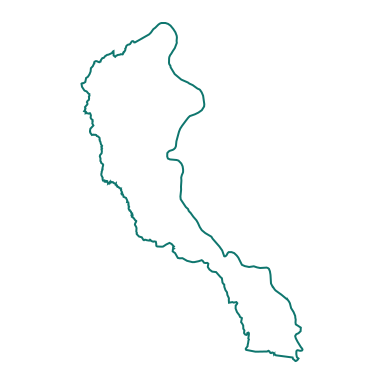 the district of Magangué, Bolívar, Colombia
{"feature_id": "7082276B80599061362425", "entity_name": "Magangué", "entity_type": "district", "adm_level": 2, "iso_a3": "COL", "parent_name": "Colombia", "parent_adm1": "Bolívar", "projection": "natural_earth1", "projection_center": [-74.76, 9.142], "detail": "fine", "context": "isolated", "style": "outline", "palette": "teal", "viewbox_px": 384, "rotation_deg": 0, "n_neighbors": 0, "source": "geoboundaries", "source_scale": "gbopen_adm2", "svg_char_len": 5937}
<svg xmlns="http://www.w3.org/2000/svg" viewBox="0 0 384 384"><path d="M298.5,358.5L297.1,357.5L296.7,356.3L296.3,354.0L296.4,351.2L296.9,350.5L297.7,350.2L300.1,350.8L301.7,350.6L302.1,350.4L302.5,349.7L302.2,348.7L300.8,347.0L297.5,341.6L295.8,338.3L295.2,336.2L295.3,335.7L296.3,334.2L298.5,333.2L300.6,331.2L300.8,327.6L295.8,324.4L295.5,322.6L295.7,319.7L295.3,317.6L295.2,316.0L293.6,312.1L291.1,308.1L289.9,303.3L289.0,301.6L287.0,298.8L286.7,299.1L281.8,295.0L275.6,290.5L274.6,289.4L272.9,286.8L272.7,286.9L271.0,283.5L270.5,274.9L269.9,271.3L268.9,268.8L267.8,268.0L266.6,267.6L260.1,268.0L257.1,267.4L253.8,266.3L249.1,267.0L244.8,266.1L241.9,264.8L238.3,257.6L236.7,255.5L234.2,253.1L231.5,252.1L228.7,252.1L227.7,253.1L226.5,255.3L225.6,256.1L224.9,256.4L224.2,256.2L222.2,250.5L219.4,246.5L212.6,238.7L211.4,236.7L205.3,233.1L201.8,230.2L199.8,227.1L197.9,222.9L196.4,220.3L193.3,216.7L190.3,212.5L189.9,212.3L188.6,210.7L188.1,209.1L185.8,207.0L180.7,199.3L180.4,196.5L181.1,189.9L181.0,186.6L181.4,180.6L181.2,177.6L181.8,175.2L183.0,172.4L183.1,171.5L183.1,169.5L182.6,166.3L181.3,163.5L178.5,160.6L176.6,160.0L169.9,159.4L167.9,158.5L167.2,156.5L167.3,153.1L168.5,151.7L169.5,150.9L172.7,149.9L173.9,149.2L175.2,147.9L175.9,146.2L176.4,141.3L179.0,131.7L180.2,128.7L182.0,125.9L186.1,120.4L188.2,117.7L189.8,116.1L194.9,114.3L198.4,112.6L201.8,110.2L204.1,106.5L204.3,104.2L203.1,95.7L201.7,92.4L200.1,90.0L199.4,89.4L197.5,88.6L192.7,85.1L189.4,83.6L187.9,82.5L181.3,79.6L174.7,74.1L170.6,67.3L170.4,65.8L169.3,64.2L169.0,62.9L169.1,58.5L169.3,57.1L170.2,55.1L171.2,53.8L172.8,51.1L174.8,48.1L176.8,42.9L176.6,40.9L176.9,37.6L176.7,35.8L175.4,32.3L173.2,28.9L170.5,25.6L168.1,23.9L165.4,23.0L161.5,23.0L160.2,23.4L158.5,24.5L155.3,27.7L153.3,29.2L150.9,32.6L149.1,34.4L135.0,42.4L134.2,42.4L133.8,41.7L133.1,41.2L132.2,41.2L131.4,42.0L130.1,44.0L129.2,44.5L128.2,44.6L126.8,45.5L126.3,46.1L125.8,47.9L125.2,48.8L125.4,49.2L125.3,50.0L124.5,51.5L123.8,51.8L123.8,52.5L123.2,52.8L123.0,53.9L122.6,54.4L120.7,54.2L120.1,54.6L117.7,55.0L116.9,55.5L116.3,55.6L115.2,56.8L113.6,55.5L113.5,51.2L112.8,51.6L112.0,53.0L108.6,54.6L107.0,54.9L106.0,55.7L105.5,55.8L103.7,57.9L102.4,58.1L101.1,59.8L100.5,61.6L99.9,61.6L99.5,62.2L98.7,62.1L96.8,61.2L95.9,61.1L94.6,61.7L94.2,62.3L94.3,63.5L93.9,63.8L92.8,66.2L90.9,68.2L90.6,71.5L89.5,74.3L87.9,76.8L86.1,78.0L85.3,82.0L83.4,83.2L82.2,83.2L81.5,83.7L82.0,86.8L84.2,90.2L84.7,90.7L86.6,91.4L88.4,93.5L89.4,94.1L89.3,94.6L89.5,95.7L88.9,96.5L89.1,98.4L88.9,99.8L87.5,101.0L86.9,102.1L87.4,103.2L87.4,104.3L85.0,107.1L85.5,108.4L85.0,109.1L85.2,109.7L84.2,111.2L85.7,111.7L85.6,112.1L86.0,112.3L85.7,113.3L86.8,113.1L88.7,113.6L89.7,113.2L90.1,113.3L90.9,115.3L90.6,117.7L91.5,119.2L92.6,120.0L92.4,121.1L92.7,121.3L92.3,123.4L93.4,125.5L90.4,128.7L90.0,130.9L90.0,131.6L90.3,132.0L90.2,132.6L91.9,135.0L93.3,134.6L93.9,134.9L95.0,134.7L96.3,135.1L96.8,136.0L98.0,136.4L99.5,137.8L99.7,139.1L99.5,139.7L99.8,140.1L99.8,140.9L100.3,141.5L101.0,144.4L102.1,145.9L101.8,146.5L101.4,146.7L101.5,147.5L101.6,147.4L102.0,148.2L101.6,148.5L101.8,149.4L101.5,149.6L101.9,151.0L101.6,153.3L100.1,155.1L99.8,156.3L100.5,158.5L100.4,161.0L100.9,161.6L101.2,162.9L102.8,164.1L103.2,164.9L102.5,167.9L102.6,169.0L102.2,169.3L102.4,169.8L101.6,171.9L101.7,172.5L101.3,174.0L101.4,175.3L102.7,177.9L102.5,178.8L102.9,180.5L104.3,180.4L104.4,181.5L105.0,181.8L105.9,181.8L106.1,181.6L106.2,181.8L106.2,181.3L106.6,181.4L106.6,181.0L107.2,181.1L107.3,182.0L107.8,182.9L108.1,182.8L108.6,183.2L108.5,183.5L109.2,183.1L109.2,182.7L109.8,182.0L109.8,182.4L110.4,182.1L110.4,182.5L110.8,182.0L111.3,182.2L111.3,181.9L113.0,182.2L114.0,183.2L114.6,183.3L115.1,183.8L115.5,184.0L115.8,183.7L115.7,184.8L116.5,185.0L116.7,185.8L117.2,185.8L117.5,186.9L118.4,187.0L119.4,187.8L119.5,188.2L120.8,188.4L120.6,188.8L121.2,189.5L121.0,190.3L121.9,191.9L122.0,192.4L121.8,192.7L122.1,193.0L121.7,193.5L122.2,193.6L122.1,194.5L122.9,194.6L123.3,195.5L123.5,196.8L126.0,197.9L127.3,200.7L127.1,201.8L127.4,201.7L127.7,202.2L128.3,202.4L128.5,203.9L128.3,204.7L128.7,205.2L128.5,205.9L129.1,206.9L128.7,207.4L128.6,208.5L129.0,209.7L129.7,210.0L129.7,210.7L130.9,211.5L131.1,212.5L131.6,213.0L131.6,213.5L132.0,213.5L131.8,214.5L132.0,214.9L132.5,214.8L132.6,215.5L131.7,215.7L132.1,216.4L131.9,216.8L133.7,218.1L135.3,220.4L136.2,220.9L136.2,221.5L135.1,223.6L134.9,224.7L136.2,227.0L136.5,228.1L136.3,231.6L136.9,233.0L136.6,233.8L136.8,234.2L139.0,236.5L141.8,237.3L143.3,239.8L144.0,240.2L144.6,239.8L145.7,239.8L146.7,240.2L149.2,240.6L150.0,239.7L150.4,239.9L151.1,240.9L153.2,241.7L154.1,241.4L155.8,241.7L156.2,243.6L156.3,245.7L156.6,246.2L157.5,246.5L162.0,246.7L163.2,246.5L166.2,244.5L169.5,242.9L171.6,244.0L173.9,246.5L173.1,247.1L173.1,248.1L173.8,248.6L173.2,248.9L172.9,249.3L172.7,251.4L175.1,253.1L177.8,257.9L179.5,258.3L182.5,258.2L187.0,260.8L192.2,262.1L194.4,262.1L198.7,261.2L201.7,260.2L202.8,261.0L204.0,262.7L205.4,263.0L207.4,262.9L208.3,263.7L207.8,266.7L207.9,267.2L209.5,269.6L212.2,271.6L216.1,272.1L220.4,277.0L221.9,278.3L222.5,282.6L223.4,283.9L224.2,284.5L224.3,286.8L225.5,290.2L227.0,292.3L227.4,295.0L228.9,298.2L228.8,300.0L229.0,302.7L232.4,302.1L233.7,302.6L236.4,302.1L237.3,303.2L236.9,304.1L235.7,305.6L235.6,308.5L237.0,312.1L239.4,315.3L240.0,316.9L241.9,318.1L241.1,322.1L242.3,323.8L243.2,325.5L243.3,328.7L244.4,330.5L244.1,332.2L244.2,333.4L245.3,334.6L246.5,334.9L247.0,334.5L247.4,332.9L248.4,332.6L248.9,333.2L248.9,334.5L248.3,338.5L248.9,339.4L248.4,340.8L248.2,342.6L247.6,345.3L247.6,346.2L245.8,348.6L245.8,349.3L246.2,349.9L255.5,351.7L267.1,351.5L268.4,350.8L269.3,351.3L269.4,351.8L270.4,352.5L270.5,353.0L271.2,353.1L272.2,352.5L273.2,352.8L273.7,353.5L274.0,354.5L274.3,354.1L274.3,354.6L275.0,354.5L275.9,355.3L292.6,357.5L293.1,359.1L294.3,359.9L295.4,361.0L296.4,360.8L297.7,359.7L298.5,358.5Z" fill="none" stroke="#0f766e" stroke-width="2"/></svg>